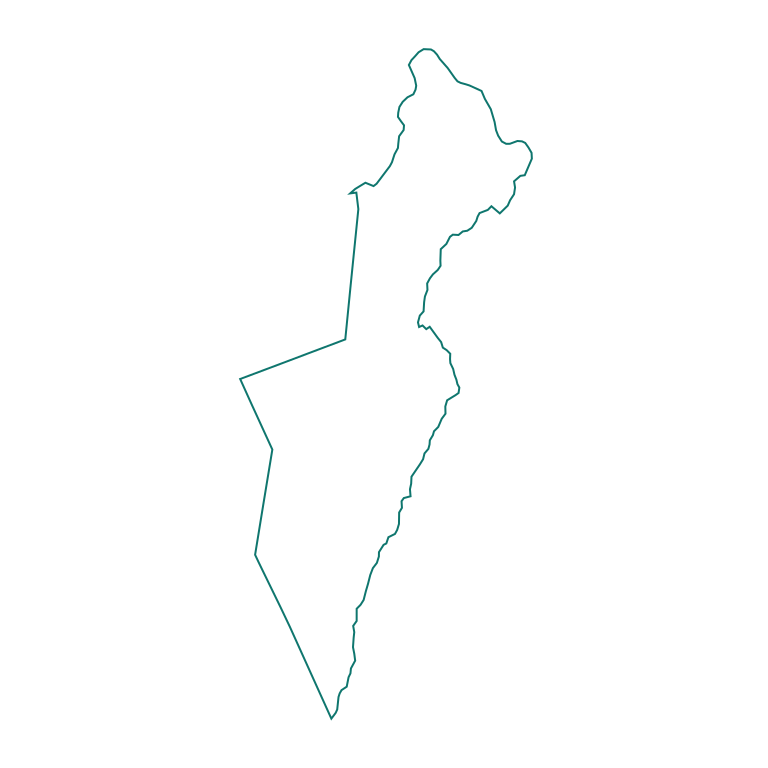 outline of Iati, Pernambuco, Brazil, rotated 181°
{"feature_id": "56859067B84679855202351", "entity_name": "Iati", "entity_type": "district", "adm_level": 2, "iso_a3": "BRA", "parent_name": "Brazil", "parent_adm1": "Pernambuco", "projection": "equal_earth", "projection_center": [-36.941, -9.136], "detail": "fine", "context": "isolated", "style": "outline", "palette": "teal", "viewbox_px": 768, "rotation_deg": 181, "n_neighbors": 0, "source": "geoboundaries", "source_scale": "gbopen_adm2", "svg_char_len": 2280}
<svg xmlns="http://www.w3.org/2000/svg" viewBox="0 0 768 768"><g transform="rotate(181 384 384)"><path d="M240.5,617.7L243.7,623.0L247.0,627.5L250.2,629.0L254.8,629.3L262.3,626.4L266.1,626.3L270.4,628.5L274.2,634.3L276.4,639.7L278.0,647.9L282.0,660.6L288.1,670.8L291.6,678.7L303.8,684.0L307.5,685.1L312.6,686.4L315.8,687.9L318.7,691.3L325.8,701.0L333.9,709.9L336.7,714.2L339.9,717.6L342.9,719.3L350.2,719.5L355.2,716.3L358.6,712.3L362.2,708.3L364.7,703.4L358.7,690.4L357.0,682.8L357.6,678.9L359.7,674.2L365.5,671.1L370.2,666.5L373.4,661.3L374.5,655.5L374.7,651.3L371.6,647.0L368.5,643.0L368.8,638.3L373.2,632.0L373.9,624.7L374.2,620.2L377.5,613.8L379.9,605.9L381.9,602.0L394.9,584.1L397.9,581.7L406.1,584.9L411.2,581.7L416.2,578.5L421.1,574.0L415.0,574.9L412.7,558.4L419.2,480.6L423.5,427.9L460.8,413.1L487.2,402.6L527.9,386.5L515.5,360.3L511.8,352.6L494.5,316.5L502.8,259.9L509.9,211.0L506.3,203.7L502.4,196.0L483.4,158.7L473.9,139.6L430.8,48.5L426.6,54.3L425.1,57.7L424.0,70.3L422.9,73.9L421.1,77.2L416.0,80.7L414.3,90.2L412.5,94.1L412.1,99.0L408.0,106.9L409.0,113.7L410.4,120.3L409.9,129.9L409.4,135.4L410.6,141.6L407.2,146.6L407.4,158.8L403.6,162.8L400.6,167.7L398.5,176.6L396.5,183.9L394.4,192.8L391.9,199.7L388.0,205.0L386.1,211.4L386.1,215.8L381.6,223.2L378.9,224.6L376.9,230.9L370.4,234.3L368.3,238.3L366.6,244.3L366.6,255.8L363.9,260.5L364.4,267.1L362.2,270.3L355.5,272.2L356.2,279.2L355.1,284.8L354.9,291.8L346.7,304.3L343.6,309.5L342.3,315.3L338.5,319.9L337.4,324.3L337.2,328.5L334.2,333.7L333.2,337.6L329.0,342.0L325.7,350.2L322.0,355.4L322.3,362.6L320.6,368.8L316.1,371.7L312.3,374.1L309.3,376.3L308.6,381.7L310.6,385.2L311.7,389.6L313.7,394.5L315.1,400.2L318.0,406.0L318.4,410.0L318.3,415.4L322.0,419.0L325.8,421.4L327.6,426.9L331.1,431.1L339.3,442.0L342.7,439.6L346.5,443.2L349.9,441.6L351.1,446.2L349.4,453.0L345.7,457.3L345.3,466.6L344.6,472.2L342.2,478.8L342.6,485.3L339.9,490.5L337.0,494.5L332.2,499.0L329.5,503.2L329.8,508.3L329.6,519.8L324.1,525.1L320.6,532.3L317.8,534.5L312.1,534.3L307.9,537.9L303.4,538.7L299.0,541.7L294.6,548.6L293.3,553.0L291.4,556.6L283.2,559.9L279.7,563.6L271.2,556.6L263.4,564.5L261.1,570.0L257.3,576.0L256.4,582.7L257.5,588.9L251.3,594.5L246.9,595.2L240.1,611.9L240.5,617.7Z" fill="none" stroke="#0f766e" stroke-width="2"/></g></svg>